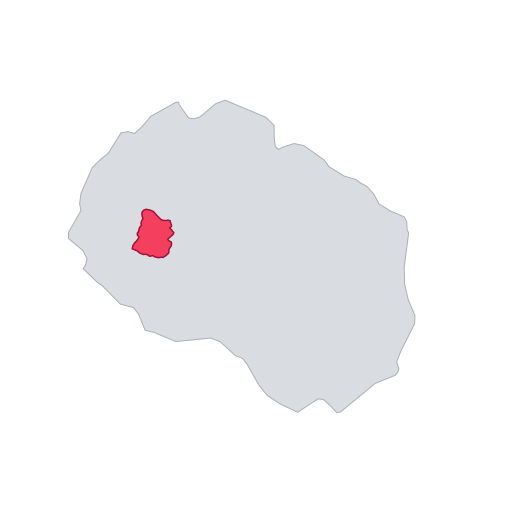 North Macedonia, with Demir Hisar highlighted, rotated 47°
{"feature_id": "MKD-2897", "entity_name": "Demir Hisar", "entity_type": "Statistical Region", "adm_level": 1, "iso_a3": "MKD", "parent_name": "North Macedonia", "parent_adm1": "", "projection": "natural_earth1", "projection_center": [21.134, 41.256], "detail": "fine", "context": "in_parent", "style": "filled", "palette": "rose", "viewbox_px": 512, "rotation_deg": 47, "n_neighbors": 0, "source": "natural_earth", "source_scale": "10m", "svg_char_len": 2199}
<svg xmlns="http://www.w3.org/2000/svg" viewBox="0 0 512 512"><g transform="rotate(47 256 256)"><path d="M232.5,140.7L240.4,141.7L257.5,137.1L268.2,130.8L273.7,129.8L280.9,127.4L291.4,127.7L301.9,130.5L315.4,126.8L328.5,120.9L333.8,122.4L339.6,127.4L343.4,128.8L365.4,155.4L377.5,166.2L391.7,174.4L407.9,180.4L413.7,186.1L424.2,214.5L429.2,225.2L436.1,228.5L437.7,231.6L438.1,235.7L430.5,255.6L427.7,300.3L425.7,303.9L417.6,303.7L406.9,304.6L402.8,308.1L398.6,332.1L381.4,339.0L365.7,342.9L352.4,342.0L329.1,336.3L321.5,335.7L315.0,339.0L294.3,340.7L285.2,344.9L263.8,373.1L242.1,382.8L234.7,387.7L218.1,381.5L210.2,380.8L198.7,388.0L173.5,388.7L166.7,390.0L147.3,391.1L146.5,387.2L143.0,381.5L133.9,378.9L115.4,381.2L110.9,377.0L103.4,353.1L97.4,349.3L90.8,341.2L79.6,315.3L79.3,303.9L80.1,294.0L73.9,270.7L77.8,264.8L83.6,261.1L83.7,251.8L82.1,237.5L89.0,209.6L90.8,207.6L92.6,208.9L109.1,211.2L113.4,207.6L116.1,202.1L117.1,181.7L121.0,172.3L161.1,154.3L172.8,153.7L181.8,161.9L189.0,167.2L193.3,167.0L194.8,161.7L199.7,151.5L207.9,145.7L232.2,140.7L232.5,140.7Z" fill="#d9dde1" stroke="#a8b0b8" stroke-width="1"/><path d="M171.7,294.8L172.3,295.2L173.3,295.7L175.6,296.7L176.7,297.6L176.7,298.9L176.7,300.1L178.9,299.8L181.1,300.1L182.7,300.1L183.6,301.5L183.6,303.5L183.6,305.9L183.5,307.6L183.5,308.6L183.8,309.3L184.8,309.3L186.3,309.1L187.7,308.4L189.0,309.0L190.8,311.0L191.2,313.2L191.9,315.4L193.5,316.8L194.3,318.1L194.3,319.7L194.3,321.9L193.9,323.1L193.8,324.9L193.6,325.0L192.3,326.0L190.9,328.3L188.3,330.2L186.6,331.0L185.3,331.1L184.6,332.5L183.5,334.1L181.7,334.3L179.5,335.5L177.9,337.5L176.3,338.2L174.5,339.0L173.0,339.2L171.1,339.4L169.8,340.1L167.9,340.9L166.3,341.6L165.9,341.0L164.4,338.8L163.6,336.0L163.6,333.7L162.9,330.0L162.3,328.6L161.0,328.5L159.7,328.5L158.7,327.4L158.3,325.9L158.1,326.2L157.9,325.3L157.0,323.8L156.5,323.1L155.5,321.0L155.5,318.9L153.9,318.0L152.9,316.8L152.1,314.9L151.5,313.2L150.1,312.5L148.7,311.8L147.4,310.7L146.3,309.6L146.0,308.2L146.0,306.4L146.2,306.0L147.0,304.4L150.2,302.1L153.6,300.7L157.6,300.8L160.5,300.8L164.7,300.6L167.0,299.3L169.1,297.2L169.6,295.9L171.7,294.8Z" fill="#f43f5e" stroke="#9f1239" stroke-width="1.5"/></g></svg>